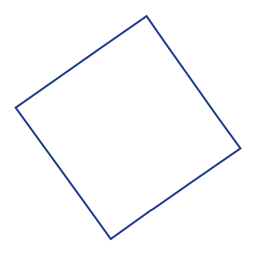 Delaware, Indiana, United States of America (Robinson projection), rotated 145°
{"feature_id": "52423323B36304879432203", "entity_name": "Delaware", "entity_type": "district", "adm_level": 2, "iso_a3": "USA", "parent_name": "United States of America", "parent_adm1": "Indiana", "projection": "robinson", "projection_center": [-85.432, 40.228], "detail": "fine", "context": "isolated", "style": "outline", "palette": "blue", "viewbox_px": 256, "rotation_deg": 145, "n_neighbors": 0, "source": "geoboundaries", "source_scale": "gbopen_adm2", "svg_char_len": 331}
<svg xmlns="http://www.w3.org/2000/svg" viewBox="0 0 256 256"><g transform="rotate(145 128 128)"><path d="M47.6,46.8L48.3,86.0L48.7,170.1L48.7,174.1L48.7,191.3L48.6,209.0L107.6,209.2L208.4,209.1L206.9,124.3L206.3,85.8L205.8,47.0L156.5,47.5L154.4,47.2L106.8,47.2L47.6,46.8Z" fill="none" stroke="#1e3a8a" stroke-width="2"/></g></svg>